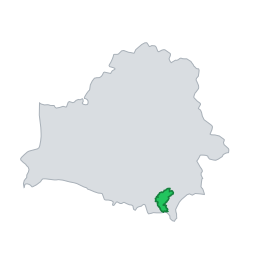 location of Khoiniki, Gomel, Belarus, rotated 7°
{"feature_id": "67162791B63950130624576", "entity_name": "Khoiniki", "entity_type": "district", "adm_level": 2, "iso_a3": "BLR", "parent_name": "Belarus", "parent_adm1": "Gomel", "projection": "albers", "projection_center": [29.942, 51.823], "detail": "fine", "context": "in_parent", "style": "filled", "palette": "green", "viewbox_px": 256, "rotation_deg": 7, "n_neighbors": 0, "source": "geoboundaries", "source_scale": "gbopen_adm2", "svg_char_len": 7318}
<svg xmlns="http://www.w3.org/2000/svg" viewBox="0 0 256 256"><g transform="rotate(7 128 128)"><path d="M211.9,184.7L207.7,184.6L202.8,184.8L200.0,186.8L197.0,185.9L194.8,187.0L189.9,192.4L188.0,195.3L186.3,199.8L185.2,203.1L185.8,205.4L186.7,207.5L187.0,209.8L187.4,211.6L186.2,213.0L185.5,214.9L183.4,214.6L180.8,212.7L180.2,210.1L178.3,208.3L176.9,207.3L174.8,207.2L171.4,208.1L166.9,208.7L163.5,208.9L161.6,209.8L158.9,210.7L157.8,209.6L156.4,206.6L155.1,203.6L154.3,202.3L153.6,201.9L152.7,202.0L151.6,202.9L150.8,203.9L148.0,205.0L146.7,206.0L145.3,208.7L144.4,208.5L143.4,207.9L142.4,204.8L141.0,204.0L138.6,204.0L135.7,203.2L133.3,202.3L132.4,202.5L131.0,203.7L129.4,203.9L126.1,202.6L125.4,203.1L123.4,206.5L122.5,206.6L122.0,206.1L122.4,203.2L120.4,202.1L117.2,201.9L114.8,202.2L113.7,202.0L113.1,201.5L110.5,196.4L109.0,196.1L106.4,196.2L102.4,195.4L97.9,194.1L95.5,193.6L94.2,192.4L91.5,191.9L84.1,189.4L81.0,188.9L76.6,188.6L69.7,187.7L65.3,187.7L63.3,188.2L60.9,188.5L52.7,188.5L49.8,188.8L48.8,189.8L47.7,192.0L44.0,195.6L40.6,197.9L39.9,198.1L38.1,196.6L36.6,196.0L34.7,195.7L33.4,196.0L32.5,196.6L32.3,199.6L32.1,199.8L31.0,196.1L31.4,192.9L32.4,191.1L33.5,189.6L33.3,187.0L34.5,183.8L34.8,181.4L34.4,180.4L33.8,179.1L31.8,177.6L30.9,176.5L28.2,174.9L25.6,172.9L25.2,171.8L25.4,171.1L26.0,170.0L28.4,167.0L31.0,164.1L32.6,163.0L40.8,159.7L42.1,158.4L42.6,156.1L42.9,151.3L42.8,146.9L42.4,143.9L41.4,138.1L38.4,126.1L37.1,113.9L38.6,114.7L42.2,115.3L45.2,114.7L46.7,114.7L48.0,115.1L51.9,114.7L52.7,115.9L54.3,117.0L57.8,115.9L60.9,114.4L64.0,114.8L64.5,114.0L65.5,109.8L66.5,108.9L70.1,109.6L71.5,108.9L73.1,106.9L75.3,105.7L77.1,105.8L79.1,104.5L80.0,105.5L80.3,107.3L79.6,108.7L79.8,109.3L81.1,110.0L83.3,110.1L84.8,109.6L85.2,108.8L85.3,107.4L85.0,106.0L84.1,104.8L82.4,104.0L81.2,104.0L81.0,103.2L81.5,101.6L82.8,98.7L84.3,96.1L85.1,95.2L85.3,94.3L85.3,92.6L85.4,89.7L86.8,85.7L88.6,82.7L90.8,81.9L93.5,81.5L95.2,80.1L96.1,78.5L97.0,75.9L97.8,75.4L104.1,76.0L105.2,73.5L105.8,72.8L107.0,72.0L107.9,71.1L107.6,70.4L106.0,69.9L102.3,69.3L101.6,68.4L101.8,67.4L103.0,64.7L104.1,61.3L104.7,58.6L104.8,57.0L105.4,56.6L108.5,56.2L109.5,55.7L112.3,52.2L114.3,51.6L119.4,52.8L121.7,52.8L124.7,53.1L125.0,52.8L126.2,49.2L131.4,43.5L134.2,41.5L135.9,41.1L136.5,41.3L139.1,44.4L139.7,44.5L141.6,43.3L144.7,43.2L146.1,44.3L148.1,48.1L149.2,48.6L152.3,46.5L154.0,45.9L155.1,45.9L160.8,48.9L161.2,49.8L161.2,50.9L160.3,54.4L161.5,56.5L162.9,57.9L165.9,55.6L166.9,54.9L168.1,54.9L169.7,54.0L170.9,52.7L172.0,52.2L174.1,52.6L177.9,52.2L182.4,54.3L182.8,54.9L185.1,57.3L185.8,58.5L186.6,58.9L187.8,60.1L189.4,60.8L190.5,60.6L191.0,60.9L191.5,61.9L191.6,63.5L191.5,68.0L189.9,70.4L189.7,71.2L189.8,72.2L191.1,74.2L192.8,77.2L193.2,79.0L193.2,80.3L191.0,84.2L190.3,85.1L189.8,87.1L189.5,89.0L189.7,89.8L193.5,92.9L196.4,94.5L197.0,95.3L197.1,95.8L195.7,99.2L195.5,100.1L197.8,101.4L199.1,103.6L200.3,107.1L202.5,110.5L210.7,115.2L211.5,116.1L211.7,117.2L211.5,119.5L210.2,124.0L211.6,124.6L215.2,124.3L219.6,124.8L224.9,127.7L225.0,129.1L224.5,130.4L224.9,131.8L225.5,132.9L230.2,136.2L230.7,137.2L230.8,138.9L230.7,140.2L229.5,140.5L228.1,141.1L225.8,142.7L225.0,144.9L221.4,147.9L219.1,149.3L217.2,149.4L212.8,148.9L211.2,147.5L210.6,146.2L208.9,145.7L206.6,145.7L203.5,146.0L202.9,146.4L202.4,148.0L201.2,150.8L200.3,152.4L204.3,157.8L206.3,160.0L207.0,161.4L207.0,162.4L206.1,163.6L206.3,165.9L208.3,169.0L207.6,169.5L207.5,173.3L207.6,177.3L208.2,178.3L209.3,179.0L210.2,180.5L211.7,183.8L211.9,184.7Z" fill="#d9dde1" stroke="#a8b0b8" stroke-width="1"/><path d="M173.1,207.2L173.5,207.2L173.7,206.9L173.7,206.6L173.9,206.3L174.1,206.0L174.4,206.0L174.8,206.1L175.0,206.1L175.3,206.2L175.8,206.3L176.2,206.4L176.3,206.3L176.5,206.0L176.8,206.0L177.0,206.1L177.5,206.1L177.7,205.9L177.3,205.6L176.7,205.3L176.5,205.1L176.8,204.8L177.1,204.5L177.3,204.2L177.1,204.0L176.9,203.7L177.0,203.6L177.0,203.4L176.7,203.1L176.4,203.0L176.0,202.9L175.8,202.9L175.7,202.6L175.7,202.4L175.6,202.2L175.4,202.1L175.1,201.8L175.0,201.5L175.1,201.3L175.3,200.9L175.5,200.7L175.5,200.4L175.3,200.3L175.0,200.1L174.8,200.1L174.4,199.8L174.1,199.7L173.9,199.8L173.8,200.0L173.6,200.4L173.3,200.4L172.9,200.4L172.5,200.3L172.3,200.2L172.4,199.9L172.5,199.7L172.8,199.3L173.0,199.2L173.2,199.4L173.4,199.4L173.6,199.2L173.8,198.8L173.9,198.5L174.0,198.2L174.2,197.9L174.3,197.7L174.6,197.6L174.8,197.4L174.8,197.1L174.8,196.8L175.1,196.8L175.4,196.7L175.6,196.5L175.7,196.1L175.8,195.7L175.7,195.5L175.7,195.3L175.8,195.2L176.1,195.1L176.3,195.0L176.5,194.8L176.6,194.6L176.7,194.2L176.7,193.9L176.9,193.7L177.1,193.3L177.1,193.0L177.2,192.7L176.9,192.3L176.6,192.0L176.8,191.7L176.6,191.6L176.5,191.3L176.7,191.2L177.0,191.1L177.3,191.0L177.5,190.7L177.9,190.4L178.1,190.3L178.4,190.2L178.6,190.1L178.6,189.9L178.5,189.7L179.0,189.4L179.2,189.2L179.5,189.0L179.7,188.8L179.9,188.6L179.9,188.3L180.1,188.1L180.4,188.0L180.6,187.9L180.8,187.9L180.8,187.6L180.9,187.2L180.9,186.7L180.8,186.4L180.5,186.2L180.3,186.0L180.2,185.7L180.0,185.4L179.8,185.3L179.6,185.2L179.4,185.0L179.3,184.9L179.1,184.9L179.0,185.1L178.9,185.3L178.7,185.4L178.3,185.4L178.1,185.3L177.8,185.3L177.7,185.3L177.3,185.3L177.2,185.4L177.1,185.6L177.0,185.8L176.9,185.9L176.8,185.5L176.8,185.2L176.8,184.5L176.8,184.0L176.9,183.7L176.9,183.4L177.0,183.3L177.1,183.2L177.0,182.9L176.8,182.9L176.7,182.9L176.6,183.0L176.3,183.0L176.1,183.0L175.9,183.1L175.7,183.3L175.6,183.2L175.4,183.1L175.2,183.1L174.7,183.3L174.3,183.6L173.9,183.9L173.7,184.2L173.5,184.3L173.5,184.5L173.4,184.6L173.3,184.8L173.2,184.9L173.0,185.0L172.8,185.1L172.6,185.2L172.5,185.3L172.4,185.4L172.1,185.5L171.9,185.5L171.6,185.5L171.5,185.9L171.5,186.1L171.4,186.2L171.3,186.4L171.2,186.5L170.9,186.9L170.7,187.1L170.5,187.3L170.5,187.5L170.4,187.6L170.2,187.7L170.0,187.8L169.8,187.8L169.6,187.8L169.5,187.7L169.3,187.6L169.2,187.5L168.8,187.6L168.7,187.7L168.6,187.8L168.3,188.0L168.0,188.2L167.8,188.3L167.6,188.4L167.4,188.4L167.3,188.5L167.2,188.8L167.1,189.2L167.1,189.4L166.9,189.5L166.8,189.9L166.8,190.1L166.7,190.3L166.4,190.4L166.2,190.5L166.0,190.8L165.9,190.9L165.9,191.1L165.9,191.3L165.6,191.5L165.5,191.8L165.7,192.1L165.7,192.3L165.7,192.5L165.8,192.6L166.0,192.7L166.2,192.8L166.2,193.0L165.7,192.9L165.3,192.9L165.2,193.0L165.1,192.9L165.0,192.6L164.9,192.6L164.7,192.7L164.7,192.8L164.7,193.0L164.6,193.3L164.6,193.6L164.5,193.9L164.5,194.1L164.3,194.3L164.0,194.5L163.8,194.6L163.8,194.9L163.9,195.2L164.1,195.3L164.2,195.5L164.4,195.7L164.4,195.9L164.5,196.2L164.5,196.4L164.4,196.6L164.3,196.9L164.3,197.1L164.1,197.2L164.1,197.4L164.2,197.5L164.5,197.6L165.0,197.6L165.3,197.4L165.5,197.5L165.8,197.7L166.0,197.6L166.4,197.5L166.5,197.8L166.5,198.0L166.8,198.3L166.9,198.6L166.7,198.7L166.5,198.9L166.3,199.1L166.5,199.6L166.7,200.1L166.7,200.4L166.7,200.8L166.8,201.0L167.1,201.4L167.3,201.6L167.4,201.8L167.6,201.9L167.9,202.0L168.2,202.1L168.4,202.2L168.3,202.5L168.4,202.8L168.6,202.9L168.9,203.0L169.1,203.2L169.3,203.4L169.6,203.5L169.8,203.7L169.9,203.8L169.9,204.1L169.7,204.2L169.8,204.4L169.9,204.6L170.0,204.9L170.3,205.2L170.4,205.4L170.7,205.6L170.8,205.7L171.0,205.8L171.2,206.0L171.3,206.4L171.5,206.5L172.0,206.7L172.3,206.6L172.5,206.5L172.8,206.8L172.9,207.0L173.0,207.1L173.1,207.2Z" fill="#22c55e" stroke="#15803d" stroke-width="1.5"/></g></svg>